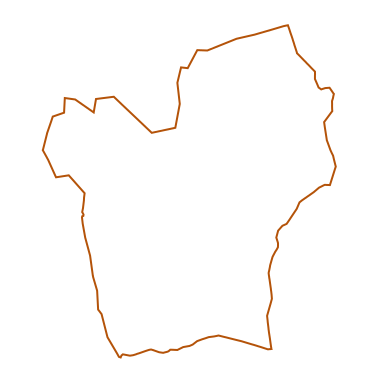 the district of Um Rawaba, North Kordufan, Sudan, rotated 357°
{"feature_id": "16777658B38678989817787", "entity_name": "Um Rawaba", "entity_type": "district", "adm_level": 2, "iso_a3": "SDN", "parent_name": "Sudan", "parent_adm1": "North Kordufan", "projection": "equal_earth", "projection_center": [31.53, 13.161], "detail": "fine", "context": "isolated", "style": "outline", "palette": "amber", "viewbox_px": 384, "rotation_deg": 357, "n_neighbors": 0, "source": "geoboundaries", "source_scale": "gbopen_adm2", "svg_char_len": 3235}
<svg xmlns="http://www.w3.org/2000/svg" viewBox="0 0 384 384"><g transform="rotate(357 192 192)"><path d="M263.1,352.9L263.0,352.6L263.0,352.4L263.0,351.7L262.9,351.3L262.5,346.8L262.1,342.0L261.5,336.1L261.4,334.5L261.3,333.6L261.2,331.2L260.8,325.6L260.8,324.8L260.5,319.6L263.8,310.0L264.1,309.1L264.4,308.3L266.2,302.8L266.1,298.7L265.9,295.6L265.7,293.5L265.7,292.9L265.4,289.6L264.8,282.7L264.7,282.4L264.7,282.1L264.6,281.2L264.6,280.6L264.5,279.9L264.4,278.6L264.3,277.4L264.3,276.9L264.6,275.6L264.8,275.0L265.0,274.3L265.8,271.2L266.2,269.3L267.7,264.9L269.0,261.1L270.1,259.2L271.6,256.7L271.8,256.3L272.3,255.6L272.6,255.2L273.7,253.7L274.1,253.0L274.9,251.7L274.9,251.4L275.0,250.8L275.1,250.0L275.1,249.7L275.2,247.9L275.2,247.3L275.1,247.1L275.0,246.5L273.8,241.9L274.0,241.3L276.0,235.1L280.5,230.5L281.2,230.2L284.8,228.8L287.8,224.9L289.5,222.6L293.9,216.7L295.7,214.3L298.8,208.0L301.4,206.1L313.6,198.5L314.9,197.5L319.1,194.3L322.1,193.0L322.7,192.7L324.9,191.8L330.1,192.3L334.2,181.3L335.8,177.0L335.9,176.7L336.9,174.2L336.8,173.7L335.4,166.6L334.8,163.1L333.7,160.6L332.5,157.6L330.0,149.4L329.3,147.2L329.3,146.7L328.0,133.9L327.6,129.1L329.0,127.4L334.6,120.6L336.2,118.7L336.3,118.6L336.3,118.1L336.3,116.1L336.4,113.0L336.5,111.8L336.6,108.6L336.7,108.3L336.7,108.2L337.0,107.5L337.7,105.6L338.2,103.5L338.8,101.5L338.6,101.3L336.8,98.3L335.2,95.7L334.8,95.1L334.3,95.1L330.5,95.2L326.7,96.2L326.4,96.3L324.2,94.5L323.9,94.3L322.8,91.2L321.3,87.2L320.9,86.1L320.7,85.7L320.7,85.4L320.9,81.9L321.0,81.1L321.1,78.3L321.1,78.2L317.7,74.4L316.1,72.5L314.9,71.1L313.5,69.6L312.2,68.0L311.0,66.7L310.9,66.6L307.5,62.7L306.2,61.2L304.1,58.9L304.0,58.1L303.1,54.7L302.4,52.1L302.0,50.7L301.9,50.2L301.5,48.5L300.8,46.0L300.5,44.7L300.4,44.3L299.6,41.4L299.3,40.4L298.6,38.0L297.7,34.6L297.0,32.2L296.5,30.5L295.9,30.6L295.0,30.7L293.1,31.0L292.0,31.2L280.8,33.9L267.1,37.1L262.9,38.1L244.5,41.3L234.6,44.7L214.7,51.5L204.7,50.6L194.2,68.1L187.6,67.0L186.2,71.7L183.1,82.2L184.4,103.4L178.7,127.0L154.9,130.8L138.8,113.8L126.9,101.3L118.9,92.8L101.0,94.1L98.0,107.4L80.2,93.5L69.9,91.5L68.4,106.1L56.9,109.4L55.2,113.8L50.5,125.4L50.3,125.9L50.3,126.1L45.3,142.3L45.2,142.4L49.0,150.2L49.1,150.5L50.0,152.3L56.3,168.5L57.0,170.2L69.8,168.9L84.7,187.6L83.9,192.0L83.6,194.9L82.3,202.4L81.3,206.3L82.1,207.9L82.5,209.0L82.2,210.2L81.2,210.4L80.8,211.5L81.2,217.9L83.0,232.2L83.2,233.0L86.9,250.2L88.6,270.4L88.7,270.5L88.8,271.7L92.1,285.6L92.1,304.5L95.3,309.2L100.0,332.6L108.7,349.3L110.4,352.8L112.1,353.5L112.2,353.3L113.0,351.6L114.5,350.5L114.8,350.6L115.7,350.8L121.4,352.2L124.6,351.9L127.5,351.2L128.9,350.7L130.3,350.4L137.5,348.3L140.5,347.5L142.1,347.2L143.1,347.2L143.9,347.5L145.2,348.0L145.4,348.0L145.5,348.1L150.8,350.3L154.8,351.1L155.7,350.9L158.8,350.3L159.8,350.0L160.8,349.4L162.0,348.4L162.9,348.4L169.1,349.0L175.1,346.4L181.5,345.6L184.7,344.4L189.3,341.2L194.5,339.6L198.0,338.7L199.0,338.4L201.1,337.8L206.5,337.4L208.6,337.1L211.0,336.7L216.8,338.5L217.9,338.8L220.8,339.7L228.6,342.1L233.6,343.6L240.8,346.2L244.2,347.4L245.7,347.9L249.0,349.1L249.7,349.4L252.0,350.2L256.7,352.0L259.6,353.1L261.0,353.0L261.9,353.0L263.1,352.9Z" fill="none" stroke="#b45309" stroke-width="2"/></g></svg>